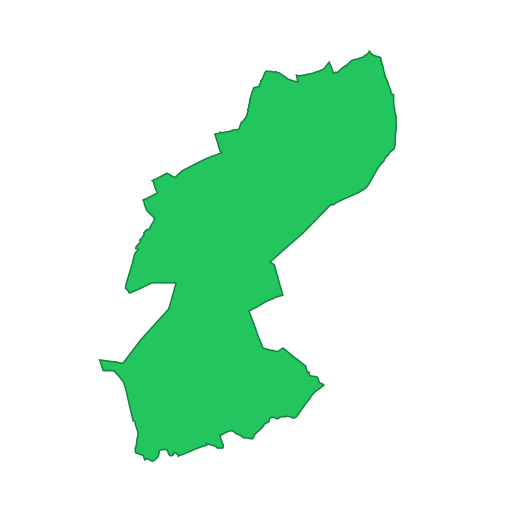 Remetea Mare, Timis, Romania (Robinson projection), rotated 342°
{"feature_id": "2599482B75207648796905", "entity_name": "Remetea Mare", "entity_type": "district", "adm_level": 2, "iso_a3": "ROU", "parent_name": "Romania", "parent_adm1": "Timis", "projection": "robinson", "projection_center": [21.43, 45.83], "detail": "fine", "context": "isolated", "style": "filled", "palette": "green", "viewbox_px": 512, "rotation_deg": 342, "n_neighbors": 0, "source": "geoboundaries", "source_scale": "gbopen_adm2", "svg_char_len": 6018}
<svg xmlns="http://www.w3.org/2000/svg" viewBox="0 0 512 512"><g transform="rotate(342 256 256)"><path d="M280.6,399.9L279.9,398.3L277.3,396.2L277.0,390.5L276.8,390.0L276.6,389.7L270.1,386.5L270.5,382.6L268.9,382.4L269.2,376.1L269.1,375.8L262.8,366.3L261.5,364.8L253.3,351.9L250.3,352.6L247.4,353.8L240.7,349.9L234.8,346.1L234.4,345.6L234.3,345.1L234.1,343.8L233.2,331.6L233.1,329.3L233.2,326.8L232.4,306.7L232.1,306.2L234.9,305.8L236.6,305.2L238.6,305.3L252.6,302.2L253.4,302.2L259.4,301.9L261.3,301.3L269.4,301.6L270.7,269.9L267.5,266.1L281.3,260.1L289.1,256.6L307.2,249.0L343.6,230.0L343.9,230.0L344.3,231.2L347.3,230.6L349.7,230.0L358.2,228.8L361.1,228.6L374.0,227.3L381.6,225.2L383.4,224.2L386.7,221.4L397.4,211.6L400.7,208.8L402.4,207.7L403.2,207.0L403.8,207.0L405.6,205.9L406.8,205.5L408.4,203.4L411.3,201.3L412.5,201.1L413.4,200.2L415.0,199.1L415.2,198.8L420.2,196.9L420.6,196.4L421.3,195.5L422.7,193.1L423.3,191.7L423.8,189.7L426.9,181.7L428.1,179.7L428.8,178.3L429.3,176.5L430.1,174.3L430.1,173.0L430.8,171.7L431.5,169.0L432.4,167.5L432.5,162.1L433.1,160.2L433.5,157.8L433.5,156.1L435.3,149.2L436.8,145.2L435.8,144.6L435.0,143.3L435.0,142.0L435.3,139.2L434.9,134.3L435.1,131.4L434.8,130.9L435.0,130.1L434.8,129.1L434.8,127.1L434.7,126.4L434.4,125.8L434.8,118.5L435.3,115.7L435.4,113.7L435.1,112.0L435.4,111.6L435.3,110.1L435.5,108.8L435.5,108.2L435.1,107.9L436.0,106.2L435.7,105.7L435.3,105.6L435.1,105.3L435.0,105.0L434.8,104.8L433.1,103.8L429.6,101.3L428.9,100.4L428.1,98.8L427.9,98.7L427.4,96.7L427.0,96.2L426.8,96.7L423.4,98.7L422.8,98.9L421.3,98.9L420.5,99.5L419.4,99.9L418.8,100.0L415.5,99.8L413.4,100.0L409.4,99.5L407.3,99.7L405.3,100.5L403.7,101.4L402.0,102.1L401.5,102.8L401.1,102.7L400.5,103.1L400.1,102.7L397.4,103.4L396.5,103.9L394.9,104.2L392.1,105.7L391.5,105.8L390.7,106.3L389.9,106.5L389.2,106.3L388.3,105.8L387.9,106.2L387.4,106.3L386.2,106.0L386.1,100.4L385.5,94.2L382.1,96.4L379.5,98.4L378.0,99.1L377.0,99.3L372.3,99.6L369.6,99.5L368.1,99.8L363.5,99.5L361.5,99.0L359.8,99.0L354.3,98.2L352.0,97.7L351.3,97.3L350.4,96.5L350.0,98.7L350.1,98.9L349.5,103.5L345.3,100.8L341.3,97.9L340.6,97.1L340.6,96.8L339.4,95.5L339.4,95.1L339.0,94.4L336.6,91.5L335.6,90.1L334.3,88.7L332.5,87.8L332.2,87.1L331.6,86.7L330.6,87.0L330.3,86.7L329.9,86.6L327.7,85.3L324.8,84.2L324.0,83.7L323.2,83.7L322.5,83.3L321.9,83.7L320.4,85.2L318.4,87.8L318.0,88.0L317.1,89.5L316.0,90.0L315.4,90.5L314.8,90.7L314.9,91.2L314.6,91.4L313.9,92.6L312.0,94.5L311.3,95.9L310.1,95.6L305.8,95.3L305.6,95.8L304.9,96.7L305.0,96.8L304.3,97.3L302.0,100.0L301.7,101.1L300.6,102.3L300.3,103.1L299.7,103.6L298.4,105.3L298.3,106.2L297.5,107.0L297.7,108.1L297.0,108.7L296.0,110.0L295.8,110.2L295.7,110.6L295.4,111.0L295.5,111.5L294.3,113.3L293.3,114.1L293.2,114.3L293.2,115.3L293.4,115.4L293.4,115.5L292.6,116.8L292.2,117.0L291.6,117.8L290.6,119.8L287.6,122.2L285.0,123.9L283.2,124.4L282.4,125.6L281.6,126.4L280.2,128.5L278.7,130.1L277.5,130.2L272.1,128.9L271.9,128.9L271.5,129.4L271.0,129.5L263.3,128.4L262.1,128.4L261.2,128.1L260.3,127.2L259.9,127.1L259.6,127.6L259.2,127.8L254.5,127.4L254.5,137.6L254.3,140.1L254.3,144.9L255.1,147.2L239.5,147.9L229.6,149.3L211.5,152.2L210.5,152.9L207.9,154.1L203.9,155.9L203.0,156.1L202.1,155.5L200.8,154.0L199.3,152.0L196.5,149.6L195.8,149.8L190.8,150.8L186.1,151.6L180.5,152.2L181.0,153.0L181.3,154.0L181.1,160.9L181.2,162.1L182.1,165.4L180.8,165.8L170.4,167.4L167.3,167.7L166.3,167.5L165.9,167.9L166.0,169.0L166.2,169.8L166.2,170.8L165.9,171.7L165.9,174.8L166.2,178.9L166.6,179.9L169.9,186.2L170.7,187.3L171.0,187.9L171.5,188.4L171.4,188.7L170.8,189.1L170.8,189.4L170.9,189.8L170.2,190.3L169.3,191.6L168.2,192.3L167.5,193.1L166.6,193.5L166.2,194.1L164.5,195.5L164.0,196.2L163.3,197.3L162.2,197.6L160.2,197.1L159.9,197.5L158.5,198.0L156.7,199.2L156.4,200.2L156.0,200.6L156.2,201.1L156.0,201.4L155.3,201.6L154.6,202.4L154.1,202.6L153.8,203.1L152.6,203.8L151.9,204.0L151.4,204.5L150.3,204.9L150.4,205.0L150.4,205.6L150.8,206.3L150.7,206.6L150.4,207.1L149.5,207.4L148.5,208.0L148.0,208.1L147.1,208.6L144.8,210.2L143.8,211.5L144.8,212.2L146.0,213.4L142.0,215.9L141.3,216.5L140.3,217.9L138.8,220.5L137.7,221.8L136.9,223.7L124.2,241.9L123.1,243.8L122.1,245.6L122.1,246.7L123.4,249.0L123.9,251.3L123.9,251.7L124.6,252.3L136.9,251.0L148.0,249.4L150.9,250.0L171.7,256.9L157.3,278.6L157.1,278.5L156.9,279.2L120.7,300.0L96.2,317.0L89.4,313.1L86.2,311.8L75.2,306.5L75.3,317.8L85.3,321.2L88.5,328.1L91.0,335.0L91.0,342.6L89.6,357.8L88.2,374.8L89.2,375.5L89.5,375.9L89.7,376.4L89.2,379.3L89.3,386.3L89.0,387.0L89.2,388.6L86.4,393.1L83.1,400.0L82.2,400.8L81.7,401.5L80.7,405.7L80.8,406.0L81.3,406.4L87.0,410.8L87.2,412.8L87.1,415.5L89.4,415.3L90.2,415.4L91.4,416.6L92.0,417.4L93.6,418.9L94.4,419.2L96.2,418.9L98.0,418.2L100.8,416.5L101.5,415.8L103.1,413.2L103.4,411.7L103.7,411.3L104.7,411.1L106.7,411.2L110.1,412.1L111.0,412.7L111.5,413.3L111.6,414.1L111.7,416.5L111.8,417.5L112.1,418.5L112.6,419.2L113.5,419.8L114.2,420.0L115.6,419.6L116.9,418.4L117.5,417.6L118.7,418.6L120.9,421.7L120.4,422.3L130.0,421.7L138.7,420.8L146.2,420.6L150.5,420.7L150.9,419.1L157.3,423.5L157.8,423.5L158.9,424.8L159.0,425.3L159.6,426.3L160.6,427.2L163.5,427.8L164.5,428.3L164.9,428.4L165.8,427.5L166.5,426.1L166.1,420.6L166.2,415.0L167.7,415.5L168.8,415.5L170.8,414.8L176.3,414.2L177.1,414.3L179.2,414.9L179.9,415.3L182.3,418.9L185.4,421.6L186.2,422.4L186.4,422.9L187.4,424.5L187.8,424.8L188.6,425.3L191.1,426.1L194.2,428.0L195.3,428.5L196.1,428.7L196.7,428.5L198.9,426.1L199.8,425.4L200.8,424.8L206.3,422.2L207.2,422.0L208.9,421.0L210.3,420.0L211.1,419.2L212.2,418.6L213.3,418.2L216.3,417.8L217.1,417.5L217.6,417.0L218.3,415.3L219.0,414.7L220.5,414.3L221.6,414.4L223.2,415.2L225.9,417.4L226.7,417.6L228.5,416.9L230.2,416.5L232.6,417.7L233.6,417.9L235.3,417.9L236.3,418.1L238.4,419.2L241.6,421.8L242.1,422.0L244.1,421.6L245.4,421.1L252.0,415.9L253.9,414.8L256.6,412.8L258.9,410.9L261.6,409.3L263.5,408.0L265.3,406.3L268.6,404.2L272.7,402.4L276.8,401.4L278.4,400.5L280.6,399.9Z" fill="#22c55e" stroke="#15803d" stroke-width="1.5"/></g></svg>